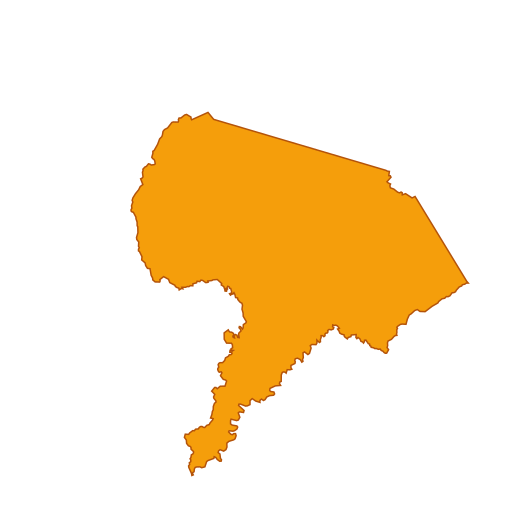 Cotegipe, Bahia, Brazil, rotated 149°
{"feature_id": "56859067B54877726124258", "entity_name": "Cotegipe", "entity_type": "district", "adm_level": 2, "iso_a3": "BRA", "parent_name": "Brazil", "parent_adm1": "Bahia", "projection": "orthographic", "projection_center": [-44.17, -11.737], "detail": "fine", "context": "isolated", "style": "filled", "palette": "amber", "viewbox_px": 512, "rotation_deg": 149, "n_neighbors": 0, "source": "geoboundaries", "source_scale": "gbopen_adm2", "svg_char_len": 6155}
<svg xmlns="http://www.w3.org/2000/svg" viewBox="0 0 512 512"><g transform="rotate(149 256 256)"><path d="M223.2,403.8L241.0,405.9L240.9,407.2L240.2,408.6L242.6,413.1L244.5,413.6L249.2,413.0L250.9,413.9L252.3,412.9L252.7,411.7L253.8,410.9L257.9,413.5L259.4,413.8L265.8,411.3L269.3,411.5L271.5,410.7L274.0,407.8L275.3,406.8L278.3,406.0L282.8,402.4L289.0,398.9L290.5,398.9L291.5,397.1L294.5,394.3L294.4,392.6L293.7,391.3L293.8,389.7L294.9,386.9L296.0,386.7L298.9,387.9L299.6,389.4L300.7,390.4L303.8,389.3L305.4,389.5L308.2,388.7L308.9,387.3L310.2,386.3L312.1,382.0L313.6,381.4L315.1,381.6L316.2,375.5L319.4,375.2L322.5,373.2L327.2,371.5L331.6,369.2L333.5,367.5L333.8,365.7L336.8,363.2L337.8,360.9L339.3,360.0L339.9,358.9L339.6,357.7L338.6,356.6L338.9,351.2L339.7,349.7L340.4,346.4L342.3,343.1L342.3,341.9L345.2,336.8L348.9,333.4L349.7,331.5L349.3,328.4L351.7,324.9L351.8,323.2L353.2,322.4L354.1,320.9L353.6,319.8L354.1,314.1L356.0,311.5L354.6,307.2L355.5,304.6L355.4,301.3L353.4,299.7L355.8,293.5L356.0,290.3L356.8,288.7L355.8,285.7L352.0,283.3L351.0,284.0L350.6,285.3L345.8,285.9L343.0,281.1L343.6,277.6L340.6,272.7L340.8,271.3L340.0,269.7L338.7,268.2L339.3,266.5L336.9,266.6L335.6,265.6L335.6,267.3L332.5,265.5L330.6,265.2L329.3,264.3L327.6,264.4L325.5,263.0L324.3,264.7L320.8,263.6L319.5,264.7L317.4,263.0L315.6,263.7L314.2,262.4L312.9,259.2L311.7,258.5L310.4,258.2L310.2,259.4L306.5,257.7L305.1,257.7L301.3,255.8L299.6,250.1L300.7,249.1L299.4,246.4L300.0,243.4L298.7,243.7L297.5,242.6L297.1,243.8L295.8,244.6L294.9,243.4L295.3,242.1L294.4,241.2L295.1,238.5L295.8,236.9L298.1,237.3L298.0,235.6L296.4,235.8L295.4,235.2L293.8,235.9L293.9,233.9L294.9,230.9L293.4,229.5L294.0,228.0L293.8,226.5L293.4,224.4L292.4,222.8L292.9,220.8L295.4,217.6L296.4,213.8L298.0,210.9L298.1,204.7L299.0,203.9L302.2,203.7L304.0,201.1L305.2,200.3L305.7,203.4L306.6,204.1L307.5,203.2L307.1,201.3L307.4,199.5L310.3,198.8L311.3,197.8L312.5,194.7L313.6,195.6L313.1,197.9L314.2,199.4L315.9,199.1L315.2,201.3L316.1,203.2L317.5,204.2L317.9,205.4L317.8,207.0L322.9,206.5L326.1,201.0L326.1,196.5L322.0,193.9L321.9,192.2L323.3,189.4L325.2,189.3L325.7,188.0L327.1,188.2L328.0,187.0L326.5,186.0L326.8,184.7L328.1,184.3L329.8,185.1L331.3,184.3L334.6,184.4L336.6,182.6L339.6,181.8L341.8,183.1L343.2,183.1L344.4,182.4L345.2,179.9L346.6,179.3L347.3,178.4L347.6,176.8L347.4,175.3L345.5,174.7L345.4,173.4L348.1,171.7L347.6,167.1L345.9,165.3L345.6,164.0L349.6,160.4L353.7,162.8L357.6,162.2L358.1,164.0L359.2,164.6L363.6,163.0L362.6,158.7L365.0,157.0L365.4,155.7L365.0,152.6L365.5,151.4L367.5,151.1L370.1,149.0L371.9,146.2L373.5,145.2L375.5,142.8L378.4,140.5L376.5,138.7L377.8,137.7L381.3,136.6L382.9,135.6L385.4,136.2L388.3,135.4L389.2,136.1L390.1,137.7L391.4,138.4L392.9,138.3L394.5,137.5L397.0,138.7L398.8,138.0L400.2,138.9L404.1,138.5L405.6,137.8L408.4,139.7L410.8,137.4L410.5,134.2L412.0,131.1L411.7,128.1L410.5,126.7L410.3,125.5L411.2,123.8L410.3,120.6L410.9,119.5L412.2,118.8L413.8,118.9L415.7,116.7L417.0,116.1L416.9,114.8L417.9,113.3L419.7,113.1L420.2,111.5L421.9,110.8L422.5,109.3L423.3,102.8L420.2,103.0L418.5,105.2L417.0,106.1L415.4,105.7L412.6,104.1L411.6,102.5L408.4,101.6L404.2,105.2L402.6,105.4L396.4,104.2L395.2,105.5L394.2,104.0L394.0,101.5L392.8,98.7L391.4,98.1L390.5,99.2L390.7,100.8L388.9,104.9L389.7,107.0L388.5,108.2L386.6,108.5L384.2,105.4L381.5,105.5L379.3,107.2L377.4,110.6L374.7,111.1L369.8,109.9L368.1,110.1L365.6,112.2L365.0,114.3L366.5,115.2L368.3,115.0L369.4,116.2L370.1,119.3L369.0,120.0L366.0,117.7L364.3,117.3L361.5,117.5L359.8,118.8L359.9,120.2L363.5,123.3L364.3,125.2L362.6,128.0L361.4,129.0L357.4,124.9L355.6,124.5L352.9,126.1L352.0,130.7L350.4,130.9L347.3,128.3L345.8,129.7L347.9,136.9L347.0,137.8L345.7,137.2L342.2,132.7L340.6,132.0L337.7,131.7L335.6,135.1L332.7,135.7L330.9,131.7L328.0,128.5L327.5,129.7L326.4,130.4L325.0,130.5L324.0,128.3L322.2,128.2L319.4,129.6L316.3,129.3L312.6,127.6L311.1,128.2L310.7,130.2L313.3,132.4L313.5,133.8L312.2,135.3L306.3,134.7L301.6,132.4L301.6,134.6L300.5,135.7L299.0,135.5L295.6,141.0L293.4,142.7L292.0,142.4L290.9,141.4L290.5,140.1L287.8,142.5L285.6,141.0L283.6,140.5L283.6,142.2L282.4,144.2L278.0,143.8L276.8,145.1L276.6,146.5L275.2,147.7L273.0,147.0L271.4,144.4L271.4,141.4L270.0,141.5L269.4,143.4L267.8,144.5L265.6,148.8L263.8,148.8L262.3,144.8L260.3,145.0L256.2,148.7L255.7,151.2L253.7,151.4L250.2,149.1L248.5,150.1L247.1,152.6L246.2,149.2L244.9,149.3L244.0,151.1L242.0,152.8L241.2,154.2L239.9,153.4L239.4,151.9L237.9,152.1L237.2,153.5L236.0,153.9L234.4,153.3L233.4,153.9L233.0,155.2L231.2,155.4L229.5,153.9L227.3,153.6L226.1,154.7L226.8,155.9L225.7,157.4L224.7,156.2L223.2,155.7L222.2,154.1L221.8,151.1L223.7,151.4L223.5,148.7L223.9,146.8L223.0,145.1L221.1,143.0L221.6,142.0L221.6,140.9L220.4,137.9L218.9,138.7L216.2,138.0L215.0,139.2L210.6,137.1L212.3,134.7L212.1,133.2L210.5,133.6L209.6,131.3L210.0,128.8L208.9,127.4L208.7,126.0L207.1,126.8L206.4,127.9L205.1,127.3L204.9,123.0L204.0,122.0L204.6,120.6L204.0,119.5L204.3,118.4L202.5,116.8L201.9,115.5L200.4,114.6L199.2,113.0L197.5,112.3L197.3,110.5L196.2,109.0L195.9,107.2L195.3,106.1L194.1,105.4L190.6,107.4L190.8,110.0L189.3,111.4L188.0,113.9L186.6,115.1L182.8,114.8L178.9,116.0L177.4,116.0L176.1,115.4L175.8,116.7L174.7,117.8L173.2,120.5L172.1,120.9L172.0,122.4L170.7,122.8L167.5,123.0L165.8,122.4L162.6,120.2L158.7,124.0L155.0,126.5L152.8,126.5L148.0,127.5L145.3,127.0L144.0,124.0L139.7,121.2L130.9,122.2L124.2,122.1L122.9,122.9L118.6,123.5L116.0,122.6L113.7,123.2L112.4,122.2L110.3,122.0L106.8,123.5L105.3,122.7L103.4,122.6L101.9,123.5L97.7,124.8L95.1,124.4L93.9,125.1L91.5,124.3L89.8,124.5L88.0,123.5L88.4,125.8L89.0,225.1L92.3,225.4L95.7,232.4L99.1,233.1L98.1,235.0L98.7,236.1L100.4,236.2L101.7,237.7L103.4,242.4L105.7,245.2L105.1,247.3L103.6,248.4L105.1,250.7L105.5,252.2L99.7,254.0L99.6,255.6L100.8,256.5L98.1,259.8L99.6,261.0L100.6,262.6L221.9,394.9L223.2,403.8ZM315.9,199.1L316.6,196.9L317.4,198.0L317.1,199.3L315.9,199.1ZM325.7,188.0L324.2,186.8L325.4,186.7L325.7,188.0ZM300.0,243.4L300.6,241.9L299.4,241.0L298.5,241.9L300.0,243.4ZM423.3,102.8L424.0,100.9L422.5,100.7L422.4,101.9L423.3,102.8Z" fill="#f59e0b" stroke="#b45309" stroke-width="1.5"/></g></svg>